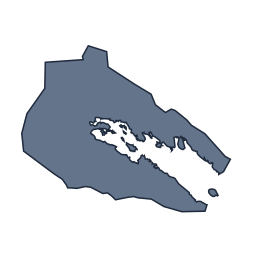 Porsáŋgu sme 2, Finnmark, Norway, rotated 96°
{"feature_id": "86288312B48399951224278", "entity_name": "Porsáŋgu sme 2", "entity_type": "district", "adm_level": 2, "iso_a3": "NOR", "parent_name": "Norway", "parent_adm1": "Finnmark", "projection": "albers", "projection_center": [25.158, 70.243], "detail": "fine", "context": "isolated", "style": "filled", "palette": "slate", "viewbox_px": 256, "rotation_deg": 96, "n_neighbors": 0, "source": "geoboundaries", "source_scale": "gbopen_adm2", "svg_char_len": 5981}
<svg xmlns="http://www.w3.org/2000/svg" viewBox="0 0 256 256"><g transform="rotate(96 128 128)"><path d="M202.7,42.7L196.1,41.4L196.1,42.1L193.4,48.1L193.5,50.2L193.9,51.6L194.3,51.9L194.0,52.9L193.0,53.9L192.5,53.5L189.9,57.1L188.4,58.0L187.4,60.1L185.8,60.4L178.2,71.8L173.1,76.2L172.5,77.8L172.6,78.6L172.0,81.0L171.2,82.7L169.2,84.1L169.0,85.0L169.2,86.5L169.0,87.2L166.9,90.3L166.6,91.8L164.6,93.2L163.8,94.5L165.0,94.9L164.6,95.8L165.2,96.5L163.9,97.5L164.4,97.7L164.2,98.0L163.4,98.2L163.3,97.6L162.7,97.5L162.7,95.8L162.0,95.5L161.1,96.1L160.9,96.8L161.1,98.5L160.9,99.6L161.1,99.9L160.4,99.7L159.6,100.5L159.0,101.8L159.2,102.9L159.0,103.3L157.9,102.1L156.9,103.5L157.4,104.7L156.7,105.5L157.1,107.5L154.1,108.7L154.4,108.8L154.2,110.0L153.4,110.8L154.1,112.0L155.9,112.1L159.2,114.9L160.1,114.1L162.3,114.1L162.3,115.0L161.8,115.5L162.0,116.2L161.0,118.4L161.0,119.2L161.8,119.7L159.5,122.9L157.9,123.5L157.1,123.1L156.9,123.3L157.6,123.7L157.3,124.9L154.8,126.6L155.0,127.0L154.8,127.7L155.2,128.1L154.9,128.8L154.9,129.8L155.2,130.9L154.0,133.5L151.9,136.8L149.9,138.6L148.1,138.3L148.3,136.9L147.7,137.8L146.7,140.5L146.9,141.5L146.4,141.9L146.3,142.9L146.8,143.6L146.8,144.2L146.0,145.4L146.1,146.3L145.8,147.2L143.8,149.7L144.0,150.4L144.6,150.7L143.7,153.5L143.1,154.7L143.2,155.5L143.0,157.4L142.3,159.5L140.6,159.8L139.3,160.9L138.2,162.4L138.2,163.0L137.7,163.2L137.6,164.4L136.7,164.7L134.3,163.4L132.9,161.8L132.8,160.6L131.8,158.1L132.3,156.0L131.9,155.1L131.3,155.5L131.4,153.7L134.2,154.7L135.0,153.3L135.2,152.3L135.7,153.2L137.8,152.4L137.4,151.6L137.5,150.9L136.5,150.6L135.7,149.1L134.9,150.5L135.1,149.4L135.0,149.2L134.1,151.4L133.1,152.4L131.2,153.2L131.0,152.5L131.1,150.7L132.0,147.7L132.4,147.6L132.3,149.1L133.6,149.0L133.3,147.6L133.0,144.6L134.9,142.9L134.5,142.5L134.7,141.6L134.2,140.0L133.3,141.7L132.8,141.8L133.0,142.6L132.0,143.2L132.7,143.9L132.1,145.2L132.4,145.6L131.6,146.8L130.7,146.9L128.9,145.8L126.3,148.4L126.1,150.4L125.2,153.1L125.3,154.5L126.1,155.4L125.2,155.9L125.6,156.2L125.4,157.3L126.0,157.7L126.1,158.5L128.9,159.7L129.5,160.9L129.4,161.6L128.5,163.5L129.0,165.4L126.9,166.8L125.9,166.4L125.8,165.2L126.5,163.6L126.1,162.8L126.4,162.6L125.0,161.9L124.7,159.8L124.7,161.7L121.0,161.3L120.7,158.9L120.8,157.4L121.2,156.3L121.9,156.0L121.1,155.7L121.7,154.6L121.2,154.0L121.4,153.4L121.1,151.9L121.2,150.1L120.9,149.1L121.4,147.5L121.0,147.1L121.8,147.1L122.3,146.4L122.1,145.4L122.4,143.6L124.1,142.3L122.9,140.6L122.1,140.8L121.9,140.8L121.9,140.7L122.4,140.5L121.9,140.1L122.3,139.6L121.7,138.7L122.3,138.0L121.5,137.8L121.2,136.6L121.3,136.4L121.2,136.3L121.2,136.2L122.8,135.4L122.5,134.5L122.9,132.6L122.1,133.0L123.1,131.9L122.9,130.9L122.5,130.5L127.5,126.7L128.2,126.7L129.0,125.8L128.8,125.0L129.3,124.3L132.1,124.5L132.0,124.1L132.6,123.8L132.5,122.9L135.2,120.3L134.2,118.5L135.3,117.9L135.8,118.5L135.5,119.2L136.0,119.3L137.3,117.9L137.2,118.6L137.8,118.6L139.0,117.5L138.7,116.9L138.9,116.8L138.3,116.5L139.4,115.4L139.5,114.9L139.1,115.0L138.9,114.2L138.9,113.4L139.8,111.8L139.3,111.8L139.6,111.2L139.5,110.7L137.5,109.7L136.2,109.9L132.0,113.2L131.2,113.2L131.3,112.5L131.3,112.2L131.1,112.1L131.2,112.3L130.6,112.7L132.3,110.3L132.1,109.3L132.5,107.2L134.5,104.7L135.0,104.6L134.7,104.1L135.7,103.5L135.6,103.3L134.7,104.0L134.6,103.7L134.8,103.4L134.5,103.4L134.5,103.9L131.5,106.2L130.9,105.7L130.3,106.4L130.2,105.5L129.7,105.4L130.4,104.3L133.3,102.7L133.5,102.2L133.5,101.4L134.4,99.5L137.1,95.1L139.6,94.4L139.4,95.3L139.9,95.6L139.1,96.5L138.9,97.8L141.1,97.1L141.4,98.2L142.2,98.5L143.6,97.4L144.0,94.3L143.9,93.6L143.1,93.9L141.9,93.0L142.1,92.6L142.0,92.2L141.7,93.0L139.9,93.0L138.5,92.0L138.4,91.3L142.0,87.2L142.5,84.8L143.0,84.0L142.6,83.9L142.7,83.1L143.4,82.8L144.1,83.4L144.7,83.0L144.6,82.7L145.0,82.2L144.9,82.1L146.1,82.2L144.5,81.0L144.7,81.4L144.5,81.9L142.6,82.0L142.4,80.9L142.9,81.0L142.6,80.8L142.6,79.7L141.6,79.3L132.6,81.3L131.8,79.5L132.5,78.5L131.6,77.8L131.8,77.1L132.6,76.9L132.4,76.4L132.8,76.1L138.9,76.8L142.0,75.2L143.2,73.1L143.7,71.1L142.0,69.3L134.7,72.1L132.4,71.9L133.0,72.8L132.1,73.7L131.9,74.7L130.2,74.8L131.4,74.1L131.5,73.1L132.4,71.8L132.4,70.9L133.0,70.1L134.3,70.7L134.5,70.4L133.4,69.3L134.0,68.5L136.6,67.6L140.1,63.6L143.0,61.9L143.8,60.3L143.5,59.8L144.4,57.6L144.1,56.8L146.1,56.4L147.6,55.2L149.4,52.7L151.8,48.9L149.9,48.9L152.7,47.1L152.8,46.7L151.8,45.6L152.0,45.1L153.4,45.0L154.8,42.9L154.9,42.2L154.6,41.7L153.6,40.9L154.0,40.1L157.9,40.1L160.3,38.0L160.6,36.8L161.3,35.4L162.2,35.4L162.4,34.0L162.8,33.1L164.7,32.9L161.4,28.4L148.4,22.9L146.1,28.4L125.6,51.0L118.7,65.2L113.9,70.3L105.7,82.9L104.7,87.0L108.7,92.4L102.0,103.2L92.0,108.5L83.7,126.2L69.4,154.2L54.3,157.2L50.4,176.1L61.6,180.8L64.7,179.7L71.3,217.1L97.3,214.9L124.3,230.0L144.5,233.1L161.9,229.4L180.9,197.5L185.9,188.0L191.1,183.3L193.9,181.7L193.5,177.8L193.4,172.5L190.7,164.3L190.8,158.9L195.8,146.2L194.7,141.7L197.3,137.1L200.7,133.0L196.9,120.8L195.6,115.1L196.4,110.6L196.3,97.3L202.4,84.0L205.6,65.7L202.7,42.7ZM181.6,41.3L184.0,40.8L185.2,39.6L186.2,38.4L187.0,36.8L187.2,35.9L186.9,34.8L185.6,33.6L186.2,32.0L185.6,31.4L180.8,34.5L180.1,35.8L179.9,37.4L180.2,39.7L180.6,40.4L181.6,41.3ZM148.3,117.9L148.6,116.7L148.2,116.6L147.9,117.9L147.5,117.6L146.0,118.6L145.9,119.2L146.2,119.9L145.0,121.2L144.2,121.3L144.6,121.8L144.4,122.7L144.6,123.2L144.3,124.7L142.9,127.9L145.0,127.9L145.4,127.1L148.7,124.2L149.7,124.1L150.5,122.9L150.1,122.9L150.3,121.2L150.8,120.7L150.7,120.0L150.4,119.8L150.7,119.3L150.6,118.7L149.3,118.8L148.3,117.9ZM141.6,130.5L139.5,131.3L138.0,132.8L138.2,133.6L138.7,133.6L139.8,132.4L140.4,132.4L141.6,130.5ZM127.1,134.5L127.0,133.6L126.6,133.5L125.6,135.3L126.6,136.5L127.1,136.1L127.0,135.5L127.9,135.1L128.1,134.0L127.1,134.5ZM129.5,129.7L127.5,129.9L126.4,131.8L125.9,131.8L126.1,132.4L127.8,131.9L129.5,129.7ZM131.6,132.3L133.2,131.8L134.4,129.5L133.5,129.2L131.6,132.3Z" fill="#64748b" stroke="#1e293b" stroke-width="1.5"/></g></svg>